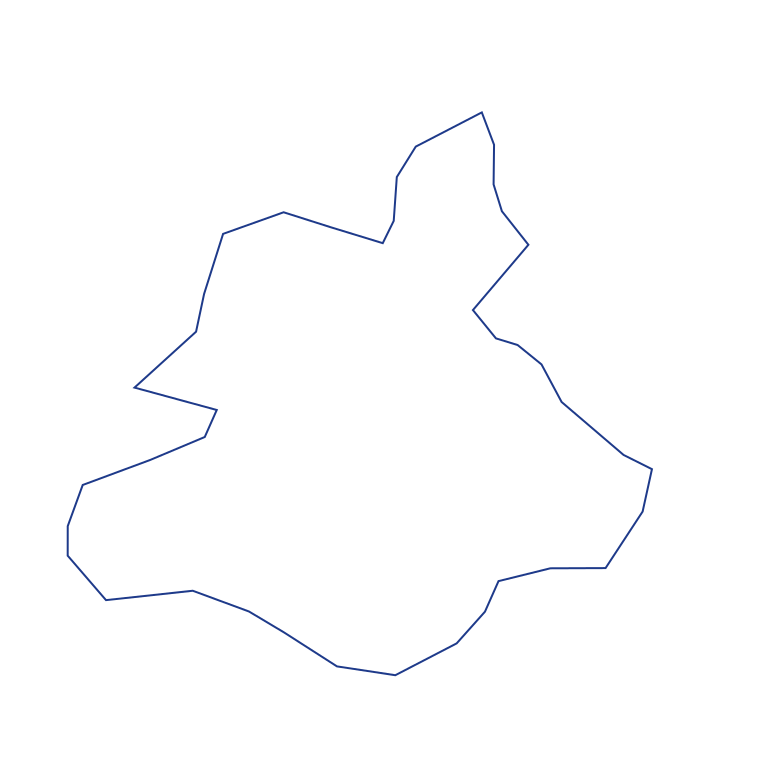 map outline of Srbica (Natural Earth projection), rotated 282°
{"feature_id": "KOS-5896", "entity_name": "Srbica", "entity_type": "District", "adm_level": 1, "iso_a3": "XKX", "parent_name": "Kosovo", "parent_adm1": "", "projection": "natural_earth1", "projection_center": [20.758, 42.727], "detail": "fine", "context": "isolated", "style": "outline", "palette": "blue", "viewbox_px": 768, "rotation_deg": 282, "n_neighbors": 0, "source": "natural_earth", "source_scale": "10m", "svg_char_len": 657}
<svg xmlns="http://www.w3.org/2000/svg" viewBox="0 0 768 768"><g transform="rotate(282 384 384)"><path d="M101.5,455.6L98.0,396.7L120.2,337.9L133.4,299.2L142.0,239.9L114.8,157.0L150.3,110.3L179.2,104.2L222.6,110.3L261.1,171.1L294.9,219.7L323.8,225.8L328.6,140.7L396.1,189.3L434.7,189.3L497.4,195.4L531.1,250.1L526.3,298.8L521.5,353.5L545.6,359.6L589.1,353.5L622.8,365.7L670.0,423.2L640.9,441.9L602.0,449.7L577.5,463.4L550.2,496.3L474.8,455.6L451.9,484.0L449.9,506.6L435.9,534.0L403.3,561.5L364.4,633.1L356.4,663.8L313.0,663.5L250.0,639.0L238.3,585.0L215.0,537.0L182.3,530.1L145.4,509.0L101.5,455.6Z" fill="none" stroke="#1e3a8a" stroke-width="2"/></g></svg>